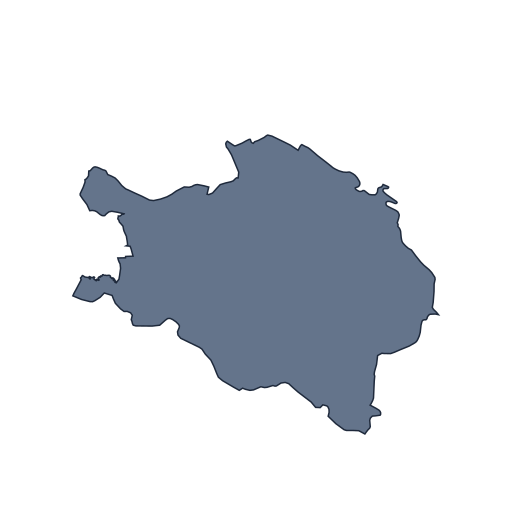 outline of Krong Buk, Đắk Lắk, Vietnam, rotated 120°
{"feature_id": "81297802B2573632778711", "entity_name": "Krong Buk", "entity_type": "district", "adm_level": 2, "iso_a3": "VNM", "parent_name": "Vietnam", "parent_adm1": "Đắk Lắk", "projection": "equal_earth", "projection_center": [108.229, 13.013], "detail": "fine", "context": "isolated", "style": "filled", "palette": "slate", "viewbox_px": 512, "rotation_deg": 120, "n_neighbors": 0, "source": "geoboundaries", "source_scale": "gbopen_adm2", "svg_char_len": 6000}
<svg xmlns="http://www.w3.org/2000/svg" viewBox="0 0 512 512"><g transform="rotate(120 256 256)"><path d="M382.1,394.7L380.9,385.4L378.5,376.9L377.3,374.7L375.4,373.3L369.7,370.3L363.9,368.9L362.1,360.9L364.4,358.1L367.3,354.1L369.5,346.9L370.0,342.5L368.4,339.9L367.9,336.2L369.2,333.5L373.5,332.2L374.7,330.7L376.3,329.2L377.3,327.7L376.6,325.1L368.6,310.9L364.1,304.8L356.9,302.4L354.3,301.2L353.0,299.2L352.7,296.5L353.0,292.4L353.9,289.0L354.8,287.4L356.3,286.7L360.9,286.1L363.5,284.0L364.9,280.0L363.4,259.3L363.7,256.1L366.3,250.9L368.7,243.0L372.6,237.3L377.6,231.0L379.8,227.9L380.7,222.6L380.8,209.8L380.7,203.3L377.2,201.5L376.7,198.4L375.4,194.1L373.2,191.2L366.8,186.4L365.7,182.9L364.2,180.8L359.7,176.6L359.2,174.5L358.4,173.4L353.5,170.8L350.9,167.5L350.2,163.8L351.6,157.6L352.8,151.5L354.9,135.2L357.3,128.7L355.2,124.6L351.5,123.7L350.4,119.8L350.7,118.3L352.3,116.1L354.9,114.5L358.7,113.4L361.3,103.0L362.4,92.8L361.8,90.3L358.4,84.4L355.9,79.6L355.7,72.7L353.4,72.5L350.5,72.1L348.4,71.5L346.7,71.7L341.4,75.4L339.1,75.9L336.5,75.2L334.7,72.6L331.8,68.9L330.8,68.9L329.4,69.7L328.5,70.9L328.0,72.4L327.9,75.9L328.1,82.6L326.1,82.5L322.7,82.7L320.3,83.2L305.3,91.0L300.7,93.1L299.4,94.5L297.0,95.5L289.6,97.4L281.4,100.9L277.2,98.3L277.2,98.1L276.4,96.3L273.2,90.6L270.0,87.9L265.0,84.2L257.4,78.3L251.7,75.0L249.9,74.3L247.6,74.2L243.8,74.6L240.0,75.6L233.4,78.5L229.5,79.6L228.1,79.3L227.1,78.4L226.3,77.0L225.5,76.7L224.4,76.7L223.1,77.1L220.9,76.9L219.4,76.1L218.1,74.1L216.6,71.7L215.6,68.7L214.5,71.6L213.5,75.6L212.4,77.6L207.5,79.4L197.7,84.1L191.1,87.8L186.7,89.2L185.1,90.4L182.5,95.5L181.3,99.3L180.1,106.0L178.8,110.5L175.9,118.0L173.1,124.4L173.2,127.9L172.5,131.5L171.7,134.1L171.1,135.7L170.4,136.8L169.1,138.1L167.3,139.6L162.2,143.2L160.9,144.7L160.1,146.1L159.5,147.9L157.7,148.7L156.6,150.3L152.1,151.3L149.4,152.2L148.5,152.8L147.7,153.9L146.8,155.4L146.6,157.9L147.0,164.3L147.1,166.6L147.0,168.2L146.4,169.0L145.1,170.0L144.0,170.1L142.7,169.1L141.8,167.1L141.4,165.1L141.0,161.9L140.7,161.2L140.2,160.7L139.5,160.5L139.1,160.6L138.6,161.5L137.6,173.3L137.0,176.4L136.3,178.4L135.6,178.9L134.7,179.2L133.7,178.9L131.8,175.8L131.0,175.4L130.5,175.4L130.0,175.6L129.9,176.6L130.5,181.7L132.4,181.7L133.4,181.9L135.4,183.7L136.5,184.1L137.6,183.8L140.0,182.8L142.3,182.9L143.5,183.5L145.1,186.3L146.1,188.8L145.3,194.3L145.3,195.2L145.8,196.1L146.8,196.6L147.9,197.8L148.5,199.1L148.5,202.3L148.0,203.6L147.4,204.1L146.7,203.7L145.2,202.3L143.9,201.8L142.4,201.8L140.9,202.5L139.8,203.6L137.7,207.4L136.6,210.5L136.3,213.2L136.4,216.2L136.7,217.3L138.3,219.5L139.7,222.4L140.8,226.9L141.1,230.6L141.1,233.3L140.0,240.3L138.3,252.9L136.4,262.9L136.2,265.2L136.5,268.4L136.6,272.0L137.1,272.3L138.7,272.6L143.4,272.4L142.8,281.7L143.2,288.3L144.2,302.1L145.4,306.3L146.5,307.1L149.2,308.2L154.9,311.9L157.7,314.3L159.8,314.7L160.0,315.9L159.7,317.2L157.9,319.2L157.9,319.5L158.5,320.3L161.5,322.3L165.1,324.4L170.7,328.7L171.4,329.7L171.3,332.3L170.9,338.2L171.5,338.4L172.5,338.6L174.0,338.3L176.4,336.1L177.4,333.5L180.7,327.7L192.0,312.9L197.3,310.5L198.1,312.0L199.7,312.6L202.3,313.3L204.2,314.8L208.0,318.9L212.1,322.7L217.4,323.9L223.2,325.1L226.4,327.6L227.0,329.2L225.3,329.8L219.9,331.4L221.2,336.1L223.4,342.5L224.6,344.0L226.1,345.3L227.8,346.2L229.9,348.3L232.1,352.7L239.7,357.6L244.6,359.8L249.3,362.7L254.5,367.2L259.2,372.4L260.8,376.1L261.3,384.8L262.1,392.5L262.7,399.8L263.0,402.0L262.8,403.8L262.1,407.5L259.9,413.2L258.9,417.0L259.1,421.2L259.6,425.1L257.5,428.3L257.3,428.9L257.4,430.0L257.5,430.4L257.8,431.3L258.0,432.8L258.2,435.5L258.6,438.0L259.2,439.8L259.9,440.7L261.3,441.4L265.0,442.2L265.4,442.6L266.0,443.3L270.4,441.1L272.9,441.3L274.3,441.6L275.4,442.3L277.5,441.0L283.0,440.0L290.0,439.4L291.2,438.7L293.2,434.7L296.0,428.1L299.9,422.6L298.4,420.6L297.5,418.3L297.3,416.1L298.0,411.7L298.0,409.8L297.6,408.6L296.7,407.2L294.5,406.7L291.4,405.5L289.4,403.3L287.4,397.9L285.8,392.5L285.4,391.3L285.5,391.3L285.9,391.5L286.3,391.9L286.8,392.7L287.2,393.0L288.5,393.3L289.5,393.9L290.1,395.1L290.2,395.3L290.4,395.2L290.9,394.8L292.1,394.6L292.9,394.2L293.0,394.1L293.7,392.5L293.9,392.3L294.6,391.7L294.9,391.3L295.8,388.6L296.7,386.1L299.3,383.9L300.6,382.5L303.8,378.0L304.9,377.2L307.4,375.1L310.7,372.6L312.1,373.5L310.5,369.9L312.3,367.7L317.6,362.4L321.0,367.8L321.6,368.7L322.8,368.1L326.8,374.7L328.4,373.1L329.9,371.2L330.7,369.8L334.4,367.1L341.3,364.3L344.6,363.1L349.1,363.6L349.3,364.8L349.3,365.0L349.1,365.2L349.0,365.3L348.8,365.3L348.0,365.0L347.9,365.0L347.8,365.7L347.8,366.1L348.0,366.5L348.4,366.8L348.5,367.2L348.3,367.4L348.0,367.4L347.9,367.4L347.6,366.6L347.4,366.3L347.2,366.5L346.8,367.4L346.5,368.5L346.6,369.2L346.8,369.4L347.3,369.0L347.6,369.1L347.6,369.3L347.6,369.6L347.3,370.3L347.2,370.6L347.3,371.2L347.2,371.5L346.5,371.7L346.3,371.9L346.2,372.1L346.0,372.9L346.1,373.5L346.8,374.6L347.5,375.5L348.0,376.9L348.5,377.6L348.6,378.1L348.6,378.8L348.6,379.1L348.9,379.4L349.0,379.5L349.3,379.5L350.5,379.4L350.7,379.7L350.7,380.1L350.8,380.2L351.0,380.5L351.8,380.1L352.0,380.1L352.2,380.5L352.2,381.1L352.2,381.3L352.3,381.4L352.5,381.5L353.4,381.4L354.1,381.8L354.3,381.7L354.9,380.3L355.0,380.1L355.2,379.9L355.5,380.0L355.8,380.2L355.9,380.8L355.9,382.0L356.0,382.5L356.3,382.6L356.9,381.9L357.2,381.9L357.3,382.0L357.3,382.7L357.2,383.1L357.1,384.3L357.1,384.6L356.9,384.9L356.7,385.0L356.4,385.1L356.1,385.1L355.5,385.0L355.3,385.0L355.2,385.2L355.1,385.6L355.2,385.9L355.5,386.4L356.2,386.7L356.6,386.9L356.8,387.2L356.9,387.7L356.9,388.8L357.0,389.4L357.1,390.0L357.3,390.1L357.5,390.1L357.7,389.9L358.1,388.9L358.4,388.3L358.7,388.2L358.8,388.2L358.8,388.4L358.9,388.6L358.6,389.0L358.5,389.6L358.5,390.0L358.5,390.5L358.6,390.9L359.2,392.2L359.7,393.6L359.7,394.2L359.6,396.2L359.7,396.5L359.8,396.6L362.3,396.7L362.5,396.9L362.6,397.0L362.8,397.0L363.4,396.4L363.7,396.0L363.9,395.5L373.9,395.1L379.2,395.0L382.1,394.7Z" fill="#64748b" stroke="#1e293b" stroke-width="1.5"/></g></svg>